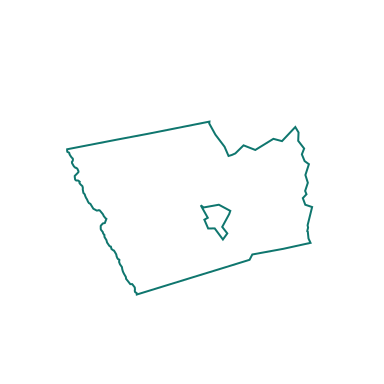 Rockingham, Virginia, United States of America, rotated 308°
{"feature_id": "52423323B95722418747105", "entity_name": "Rockingham", "entity_type": "district", "adm_level": 2, "iso_a3": "USA", "parent_name": "United States of America", "parent_adm1": "Virginia", "projection": "natural_earth1", "projection_center": [-78.991, 38.528], "detail": "fine", "context": "isolated", "style": "outline", "palette": "teal", "viewbox_px": 384, "rotation_deg": 308, "n_neighbors": 0, "source": "geoboundaries", "source_scale": "gbopen_adm2", "svg_char_len": 2029}
<svg xmlns="http://www.w3.org/2000/svg" viewBox="0 0 384 384"><g transform="rotate(308 192 192)"><path d="M77.2,211.6L124.1,244.3L153.0,264.5L174.0,279.1L179.9,278.0L203.4,298.9L224.9,316.7L227.1,312.4L232.0,307.7L232.1,306.9L235.4,305.4L236.9,303.6L254.1,295.9L251.7,289.1L255.4,283.1L260.7,283.6L262.5,280.5L270.6,277.6L275.2,270.9L285.9,267.0L285.7,261.7L289.3,255.4L295.3,253.6L297.7,244.2L304.5,239.3L306.8,233.4L287.5,231.6L284.0,223.4L264.1,216.0L260.5,203.9L249.1,202.4L245.7,200.6L242.9,198.6L247.7,189.8L251.6,175.1L256.6,163.4L258.2,162.4L210.8,121.5L187.5,101.0L148.8,67.3L147.5,68.3L146.9,69.1L147.3,70.8L147.2,71.2L146.2,72.5L145.3,75.1L145.0,76.6L145.0,77.2L144.9,77.5L144.5,78.0L143.2,78.8L141.7,78.9L140.9,79.7L139.5,83.1L139.3,85.2L139.7,85.7L139.8,87.2L138.5,89.7L137.9,90.2L136.6,90.2L132.5,89.7L131.7,90.3L129.9,92.2L129.7,93.3L130.1,94.2L130.6,94.7L130.9,95.2L131.0,96.8L130.9,97.3L130.2,97.4L129.7,98.0L129.3,99.7L129.2,101.6L129.1,102.1L128.0,103.5L126.8,104.3L124.4,107.0L124.3,108.1L124.0,109.1L123.2,110.2L122.2,112.0L121.5,113.9L120.4,115.9L119.8,117.6L120.1,119.2L118.1,124.5L118.2,125.4L118.3,125.7L118.7,128.3L119.6,129.3L120.4,129.8L120.7,130.7L119.6,135.6L118.7,137.3L118.1,139.9L118.1,141.1L113.9,142.4L112.3,141.1L109.6,140.9L109.0,141.0L106.6,142.9L106.2,143.6L105.5,146.4L104.9,147.1L104.8,147.3L104.6,147.8L104.4,148.4L104.2,149.5L103.6,149.8L102.6,150.9L101.4,154.2L101.3,154.3L99.9,156.2L98.7,159.9L98.6,160.6L99.0,161.7L97.5,163.7L97.6,166.3L97.8,166.6L97.6,167.2L96.2,170.7L94.9,172.2L94.7,172.5L93.8,174.2L93.6,175.2L93.9,176.1L93.8,176.6L92.7,177.2L92.6,177.3L92.0,177.6L90.7,179.7L89.7,183.0L88.2,184.6L86.8,186.5L85.7,188.7L84.3,192.2L83.0,193.5L81.4,200.1L82.6,201.6L82.3,202.8L81.8,204.7L81.7,205.2L81.5,205.7L80.0,207.1L78.8,207.8L78.1,208.9L78.3,210.5L77.2,211.6ZM173.2,227.2L177.8,218.8L181.4,220.3L186.9,207.1L187.0,210.7L198.5,221.0L200.7,233.8L197.5,234.9L183.1,237.3L181.1,245.3L173.6,245.6L177.3,232.3L173.2,227.2Z" fill="none" stroke="#0f766e" stroke-width="2"/></g></svg>